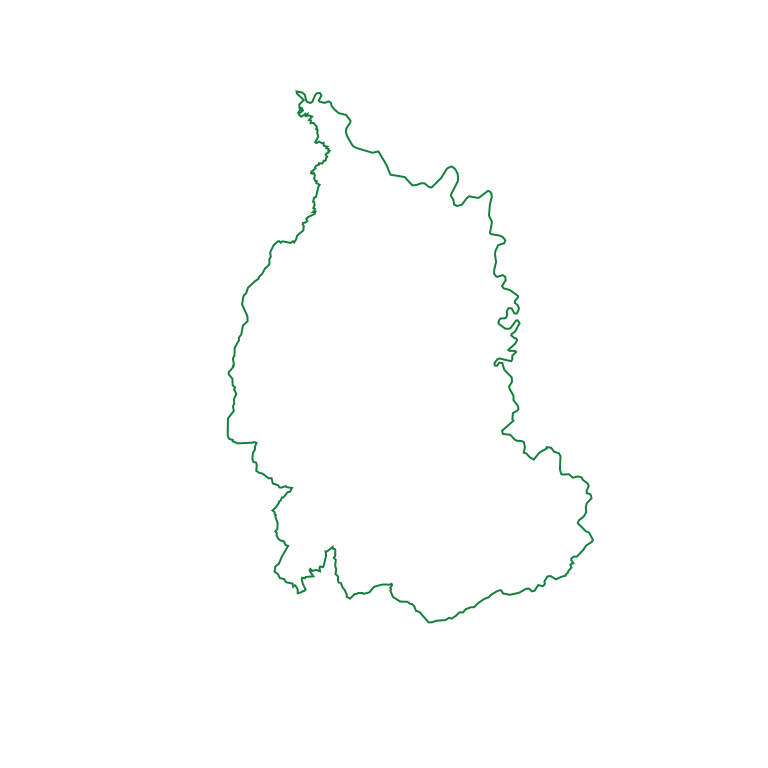 the district of Alegrete, Rio Grande do Sul, Brazil, rotated 43°
{"feature_id": "56859067B34107990199573", "entity_name": "Alegrete", "entity_type": "district", "adm_level": 2, "iso_a3": "BRA", "parent_name": "Brazil", "parent_adm1": "Rio Grande do Sul", "projection": "equal_earth", "projection_center": [-55.86, -29.764], "detail": "fine", "context": "isolated", "style": "outline", "palette": "green", "viewbox_px": 768, "rotation_deg": 43, "n_neighbors": 0, "source": "geoboundaries", "source_scale": "gbopen_adm2", "svg_char_len": 6165}
<svg xmlns="http://www.w3.org/2000/svg" viewBox="0 0 768 768"><g transform="rotate(43 384 384)"><path d="M217.2,307.1L214.7,313.5L214.5,316.2L216.7,317.2L216.4,319.4L214.9,321.4L215.4,322.6L217.6,323.2L220.2,326.6L219.3,334.8L221.0,337.8L221.8,341.8L220.0,341.7L219.5,344.5L213.1,348.4L212.2,349.4L212.1,351.1L209.8,351.1L209.1,352.2L208.6,357.5L210.9,365.3L214.5,368.3L215.1,371.0L218.7,374.8L218.2,380.6L219.8,386.7L219.5,390.8L220.5,392.9L219.5,396.7L218.9,406.4L221.4,411.9L221.0,414.3L221.6,416.1L225.9,422.6L237.8,427.5L241.4,431.1L241.0,437.5L245.8,445.0L246.3,449.1L248.2,451.1L250.0,459.2L255.2,465.2L256.2,468.5L261.3,472.4L261.2,473.7L262.2,474.4L262.4,481.0L263.7,482.8L269.7,483.6L274.1,488.1L277.4,488.1L277.9,490.0L282.7,492.0L284.6,497.5L287.9,500.5L288.7,503.3L292.5,506.1L293.4,515.7L304.3,527.7L306.6,529.2L308.7,529.6L311.6,528.0L312.5,529.1L317.4,527.3L328.1,516.3L328.7,514.9L330.9,514.0L332.2,517.5L334.3,520.0L335.2,523.8L338.6,528.3L341.5,530.1L344.0,528.7L346.3,530.1L349.7,534.6L353.3,534.1L356.1,532.4L363.9,531.7L366.0,529.6L370.6,532.6L375.6,530.3L378.0,530.9L379.5,529.9L381.8,525.7L383.3,525.7L387.6,522.8L388.7,526.9L387.3,528.8L387.8,535.5L386.7,536.5L387.9,539.8L387.4,541.6L388.2,542.6L389.1,548.5L388.7,552.5L391.2,552.3L392.8,553.7L394.2,553.5L394.8,555.0L401.3,558.4L405.0,563.1L405.0,565.9L406.9,566.0L408.9,568.2L412.2,569.2L414.8,569.1L418.2,567.3L421.7,568.9L424.3,567.8L427.0,579.9L429.7,587.0L429.0,591.5L432.1,596.0L435.3,595.2L440.3,596.9L443.8,594.9L447.7,595.7L453.3,592.3L455.8,594.1L455.7,592.7L456.4,591.8L460.9,593.0L463.6,595.9L465.6,592.7L465.7,591.0L466.7,590.3L466.9,587.9L460.8,585.5L457.1,583.0L456.3,581.5L458.6,580.0L458.4,578.4L463.5,572.9L457.5,571.4L456.3,570.7L456.3,569.4L459.1,569.6L461.1,566.3L465.0,564.6L462.1,562.4L461.8,560.9L464.2,559.7L463.7,557.8L458.7,548.9L455.4,546.3L456.5,545.5L457.6,538.2L458.9,539.2L460.8,538.3L462.1,539.1L465.7,543.2L465.8,545.4L468.7,545.5L472.4,550.4L475.4,552.0L478.2,556.1L481.9,556.1L484.5,559.4L486.2,560.0L488.2,559.0L492.4,561.0L495.9,561.5L500.7,563.7L502.0,565.1L505.5,564.0L505.8,557.6L507.0,556.6L507.5,554.7L510.8,551.5L512.2,551.4L515.4,546.3L515.1,539.0L519.5,531.8L525.1,526.7L525.8,525.1L527.1,525.6L527.6,528.9L529.2,529.3L529.7,530.9L535.9,533.6L544.1,532.1L549.8,527.2L553.0,527.0L554.6,525.8L557.7,525.9L562.0,528.1L565.5,526.6L579.3,527.9L581.9,525.2L583.5,521.7L589.9,514.8L591.1,510.5L593.5,509.4L594.7,504.3L594.9,499.5L597.5,497.4L597.4,492.8L599.8,488.0L602.0,485.9L602.5,478.7L604.0,472.7L606.1,468.4L606.0,465.4L607.8,458.9L609.3,455.9L610.5,455.0L613.9,456.0L620.0,452.2L625.3,444.2L627.6,436.8L629.7,434.7L633.6,434.7L634.5,433.6L635.1,432.4L633.9,425.9L637.9,423.7L638.3,422.5L638.0,420.5L636.0,419.1L634.8,413.3L636.6,411.0L643.0,409.6L645.1,404.2L647.5,400.4L646.8,399.0L647.2,396.9L646.3,394.7L646.3,390.4L643.6,389.1L643.8,387.2L644.8,386.1L640.9,385.0L640.0,383.8L640.5,380.9L642.8,378.6L642.9,369.8L642.0,364.3L643.6,358.0L643.2,355.6L635.5,352.8L632.1,354.0L620.7,353.7L619.5,350.9L620.5,344.8L619.3,339.7L615.7,336.6L613.6,332.9L613.7,326.1L611.6,324.5L609.8,324.0L606.8,325.6L605.2,324.1L603.2,318.9L600.9,317.9L594.8,318.5L592.3,317.5L588.9,319.3L585.9,323.8L580.8,323.9L576.5,328.3L574.9,328.9L570.8,326.4L562.3,316.4L559.1,315.4L554.6,317.5L549.6,316.7L546.1,319.2L547.0,320.3L544.4,328.0L545.1,337.1L540.5,338.2L535.8,337.7L532.9,338.9L530.4,334.4L526.2,331.2L523.8,331.7L519.9,334.9L517.4,335.5L511.1,335.0L505.0,339.4L502.2,337.7L503.7,322.6L502.0,322.3L498.2,317.4L499.6,312.9L499.6,311.0L498.4,309.7L496.1,308.5L490.0,307.7L486.7,304.3L479.0,301.8L477.2,300.5L476.1,295.1L473.0,292.1L462.1,291.5L456.3,288.0L453.8,289.7L454.2,293.7L452.5,294.9L450.5,293.5L450.1,288.4L451.1,286.5L461.5,280.6L461.0,278.4L458.5,275.8L458.8,270.5L457.4,270.3L453.3,274.1L451.7,274.3L452.5,264.8L451.4,261.2L449.7,260.5L448.1,261.5L443.9,261.7L443.3,260.4L444.1,256.3L441.8,247.1L438.2,246.3L437.3,247.5L438.4,256.4L437.8,258.3L435.0,260.8L426.9,261.7L425.4,260.7L424.5,258.0L424.7,256.5L427.5,253.5L428.1,251.8L426.6,249.0L424.3,247.3L423.4,243.6L425.8,241.6L430.9,243.4L432.2,242.7L433.2,241.7L431.3,236.8L428.5,235.3L424.2,235.3L423.1,233.9L423.0,229.2L422.1,228.2L411.8,229.5L406.4,232.4L403.5,231.9L402.2,225.2L399.5,222.9L396.4,223.5L393.9,228.2L392.8,228.9L389.1,228.1L386.7,225.3L382.8,218.4L376.4,213.2L374.6,210.2L372.8,204.6L375.9,199.1L374.7,196.2L370.6,195.5L367.2,196.7L360.0,201.4L358.5,201.2L352.4,191.8L345.9,189.2L338.9,180.3L335.2,173.6L332.4,171.3L329.8,171.1L328.3,172.0L326.5,182.7L325.5,184.1L318.1,188.8L317.8,192.1L318.7,199.9L316.1,203.9L313.0,204.9L309.3,202.1L304.6,200.7L303.6,199.2L299.8,185.6L297.7,182.8L294.4,180.0L289.6,178.3L285.9,178.5L284.6,179.3L283.2,183.3L285.3,194.5L284.8,207.9L282.1,209.3L276.7,209.6L274.4,211.7L271.8,216.7L269.2,219.4L257.9,218.6L246.0,226.5L236.3,222.1L221.3,217.7L217.8,222.8L202.6,230.3L198.7,231.2L188.3,228.0L184.4,225.9L182.2,222.8L181.0,215.7L179.9,214.3L172.7,213.1L166.1,216.8L159.8,217.0L156.2,216.4L153.6,214.6L150.8,215.0L148.6,219.2L144.0,221.5L142.9,221.0L141.5,215.7L138.7,214.9L136.6,217.1L136.6,219.6L139.2,226.5L138.3,228.9L134.5,230.2L128.9,226.5L125.7,226.5L120.5,229.7L122.2,230.9L131.7,231.1L131.4,237.4L134.1,239.9L135.7,238.2L138.2,239.2L138.1,240.8L136.4,239.9L135.7,240.9L136.3,243.9L137.5,242.9L137.9,244.8L140.7,245.1L141.5,244.2L142.2,240.3L143.2,241.1L143.8,239.1L144.4,240.9L145.7,239.0L149.0,237.4L149.2,242.1L150.9,241.2L152.5,243.3L154.3,241.2L159.4,241.6L161.0,244.6L161.0,243.1L162.3,243.5L164.2,246.2L167.1,247.7L168.9,254.2L170.4,253.8L171.1,250.9L174.6,250.2L175.4,248.8L177.5,250.9L180.9,249.0L181.0,250.9L183.3,249.9L184.2,251.3L185.1,250.6L185.6,253.0L184.7,254.5L184.9,256.2L187.5,256.5L187.6,258.5L188.7,259.6L188.7,261.0L187.7,261.6L188.5,264.8L185.9,266.9L186.9,267.9L185.6,270.5L185.8,272.5L186.9,273.1L186.0,278.2L187.0,279.6L188.4,278.9L188.5,277.5L191.2,278.6L192.9,281.5L195.3,282.3L196.2,281.5L197.2,283.1L201.1,282.2L201.4,284.3L206.7,293.6L205.8,295.5L207.9,299.1L208.9,298.6L211.3,300.5L212.3,303.5L214.0,303.1L214.9,304.3L214.7,306.7L216.4,304.8L217.2,307.1Z" fill="none" stroke="#15803d" stroke-width="2"/></g></svg>